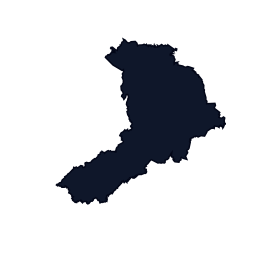 Tuxpan, Jalisco, Mexico (Natural Earth projection), rotated 44°
{"feature_id": "50627088B31771995002719", "entity_name": "Tuxpan", "entity_type": "district", "adm_level": 2, "iso_a3": "MEX", "parent_name": "Mexico", "parent_adm1": "Jalisco", "projection": "natural_earth1", "projection_center": [-103.456, 19.437], "detail": "fine", "context": "isolated", "style": "filled", "palette": "ink", "viewbox_px": 256, "rotation_deg": 44, "n_neighbors": 0, "source": "geoboundaries", "source_scale": "gbopen_adm2", "svg_char_len": 5872}
<svg xmlns="http://www.w3.org/2000/svg" viewBox="0 0 256 256"><g transform="rotate(44 128 128)"><path d="M116.1,218.7L117.6,218.5L118.0,217.5L119.3,217.2L120.3,216.3L121.1,216.0L121.4,216.6L121.8,216.4L123.8,214.3L123.0,213.3L124.3,212.8L125.6,213.5L126.0,212.7L127.0,212.8L128.1,213.8L129.2,213.5L130.4,215.8L132.3,215.2L134.4,215.4L134.9,216.0L136.3,215.6L136.0,216.5L136.5,216.6L136.6,217.7L138.0,217.5L137.9,218.1L138.3,218.4L140.5,218.2L141.2,217.7L141.6,218.2L142.9,217.2L142.7,216.5L142.2,216.7L142.4,215.6L143.3,215.3L143.2,214.2L144.4,213.6L144.1,212.9L144.6,212.5L145.8,212.7L145.9,213.4L147.2,213.4L147.0,212.8L147.8,211.0L149.0,209.8L149.8,209.7L149.6,210.2L150.6,210.7L151.8,210.5L152.3,209.3L152.0,206.5L153.1,205.5L153.1,204.1L152.2,203.0L153.1,201.6L152.9,200.7L154.1,200.2L156.7,200.9L157.4,200.0L159.9,201.3L160.9,198.9L161.5,199.0L162.3,197.1L162.9,197.1L163.2,195.7L163.7,195.5L162.5,193.7L161.8,194.3L161.2,194.0L161.4,193.3L160.8,193.2L161.0,192.1L160.6,192.4L159.7,191.6L159.9,190.3L161.0,190.1L160.6,188.9L161.6,186.6L160.8,186.2L161.6,185.2L162.1,185.5L161.5,183.0L161.9,181.0L161.4,179.9L161.5,179.0L162.2,178.6L161.6,177.7L161.7,176.6L161.3,175.8L161.7,175.3L161.6,173.5L161.1,173.0L161.6,172.5L160.8,172.0L160.7,170.7L161.4,171.1L161.5,169.6L162.0,170.1L162.4,169.6L163.2,169.9L163.2,167.8L165.0,167.9L163.7,166.1L164.3,166.7L164.9,166.3L164.6,165.4L163.8,165.4L163.9,164.5L164.7,164.4L164.6,162.7L164.0,162.5L164.4,162.2L164.3,161.6L165.1,160.5L165.1,160.9L165.7,160.8L165.4,159.8L166.3,159.7L166.3,159.3L166.9,160.0L167.3,159.6L167.5,158.6L167.0,158.6L167.3,158.0L166.9,157.9L167.3,157.2L166.6,156.7L166.9,156.1L167.7,156.4L167.5,154.2L168.2,154.1L168.8,152.9L169.7,152.5L171.3,149.1L172.0,148.6L172.2,147.4L171.5,146.4L170.4,146.8L170.4,145.6L169.8,145.1L168.2,145.9L167.3,144.6L167.7,142.7L166.6,142.5L167.0,140.0L166.5,135.7L166.9,134.5L173.8,132.4L174.7,131.2L176.1,130.3L175.9,129.8L176.7,129.5L176.8,128.9L178.4,128.0L178.6,127.1L177.0,125.2L178.2,123.1L178.2,121.4L177.4,120.1L177.4,118.3L176.7,117.0L176.5,115.1L178.9,118.3L179.8,118.4L180.8,117.5L182.3,119.3L183.1,118.5L183.5,119.7L185.2,119.7L188.4,117.2L187.7,115.8L188.2,114.1L186.8,112.6L186.9,111.8L188.5,111.6L192.1,109.7L188.9,108.3L188.1,104.4L187.5,103.9L186.8,104.1L185.8,102.8L186.2,101.4L186.0,100.3L182.6,94.9L181.9,95.0L181.6,93.1L181.4,92.9L181.2,93.8L180.4,93.2L180.7,92.9L180.3,92.1L180.6,91.6L180.4,91.0L181.4,90.0L181.4,88.2L182.5,87.6L182.5,86.4L184.7,85.7L185.8,82.8L188.7,80.6L187.5,76.1L187.0,75.6L188.0,70.7L189.5,68.7L190.3,68.5L189.8,67.6L189.0,67.4L188.8,66.5L191.6,64.6L193.0,64.3L192.6,63.9L192.9,62.9L192.2,62.6L192.7,61.5L194.1,61.9L194.1,61.4L195.0,61.2L196.2,62.1L195.9,60.5L195.3,60.3L195.3,59.2L194.2,58.7L195.2,57.6L194.9,57.3L194.2,57.9L193.9,57.2L192.2,56.1L190.6,53.6L189.1,53.7L188.4,56.3L185.9,57.2L184.9,54.8L183.9,55.3L183.2,53.1L177.0,53.8L175.9,53.4L175.2,51.0L173.4,49.9L167.7,55.9L166.1,53.9L164.7,53.9L162.7,51.9L157.4,48.9L156.5,47.6L155.1,47.2L152.8,44.6L150.4,44.0L149.2,42.9L148.4,43.0L147.7,42.0L143.2,41.4L143.2,41.9L141.9,40.9L140.4,41.6L139.3,41.7L137.8,40.9L137.5,41.8L136.7,41.2L136.0,41.6L135.8,41.1L134.3,41.8L133.6,39.6L128.9,41.9L127.9,42.7L127.7,43.9L126.0,45.0L124.5,45.3L120.3,47.9L119.0,47.0L118.0,47.3L118.0,46.2L116.7,48.0L116.8,49.9L115.3,48.5L114.1,46.0L112.6,45.6L111.3,44.6L110.0,44.7L107.4,46.8L108.6,45.4L107.1,45.5L106.9,44.7L107.9,44.4L108.7,43.3L107.4,43.8L107.0,42.1L107.4,41.7L106.8,41.5L107.9,41.2L106.9,40.3L107.4,39.5L109.0,38.6L108.2,37.3L107.2,37.7L107.4,38.1L107.0,38.9L106.1,39.4L99.0,40.5L99.4,41.0L98.7,42.0L97.6,42.3L97.7,42.8L96.9,43.3L96.6,44.3L94.2,44.6L93.6,47.0L93.9,47.5L92.0,48.2L93.3,48.7L92.9,49.4L92.3,48.8L92.4,49.4L91.5,51.1L91.2,51.2L91.3,50.7L90.7,50.2L90.6,51.5L90.3,51.4L90.3,50.6L89.4,50.2L90.0,51.2L88.2,52.1L88.1,53.2L86.7,53.3L86.6,52.7L84.9,54.4L86.0,54.7L86.0,55.3L83.8,55.6L83.2,55.2L83.2,55.9L81.4,56.6L80.8,58.1L78.1,61.0L77.8,62.3L75.5,60.8L73.1,60.7L70.3,63.8L69.8,66.2L67.6,67.1L65.2,66.7L62.9,67.3L64.1,67.9L64.5,69.5L64.1,70.5L65.5,73.4L64.9,73.7L65.5,74.2L64.9,77.3L66.4,79.7L64.6,80.4L60.7,80.7L59.8,81.8L60.0,82.6L60.6,82.7L60.5,81.8L62.3,82.4L62.9,83.4L63.1,82.5L63.9,82.9L64.6,81.9L65.4,82.1L65.4,83.0L65.9,83.0L64.2,84.3L63.6,86.0L64.2,87.3L63.6,87.8L63.8,88.6L62.9,88.9L62.6,89.6L62.9,90.6L62.3,91.8L62.7,92.9L73.5,93.1L83.6,90.7L84.0,89.5L84.3,90.0L84.6,89.5L85.2,89.9L85.1,89.4L86.0,90.9L86.4,93.0L88.1,94.0L88.6,95.6L91.4,96.8L93.2,98.7L94.1,101.6L93.9,102.8L96.8,105.3L98.9,105.5L100.9,106.6L100.8,108.7L101.5,109.7L103.3,109.5L105.2,110.3L104.9,107.6L103.5,105.2L104.4,104.1L105.3,104.5L107.2,105.5L107.1,105.9L108.1,106.7L107.7,107.3L108.3,107.7L109.2,110.3L110.5,112.1L112.6,112.9L113.5,112.5L114.0,114.7L115.5,114.5L116.0,116.0L115.8,116.8L118.9,118.8L120.1,118.4L120.5,119.3L121.6,119.4L122.7,120.8L123.5,120.6L124.5,121.6L126.0,121.0L126.5,121.8L127.4,121.6L128.3,122.1L128.6,124.8L129.2,125.2L130.9,124.8L131.5,127.3L130.8,127.6L130.6,129.7L129.7,130.0L128.7,129.3L128.4,131.5L127.0,131.5L127.2,133.9L126.5,136.3L127.3,139.1L127.9,139.2L129.3,138.3L130.2,139.8L131.2,139.7L131.6,141.1L133.1,140.5L134.0,140.9L134.5,142.1L132.9,147.0L133.9,148.1L133.5,149.5L133.8,150.8L134.6,151.5L134.6,152.4L136.0,153.5L135.5,154.3L134.6,154.2L132.3,156.6L131.2,156.6L130.6,157.9L129.5,158.0L128.8,160.0L128.7,162.5L127.6,162.2L127.0,162.8L125.5,162.9L125.8,163.7L125.1,164.5L126.1,166.5L125.3,168.0L126.1,169.4L126.1,172.0L126.1,172.7L125.3,173.2L124.8,176.1L125.1,178.7L123.5,180.9L122.2,181.4L121.6,182.5L121.5,183.1L123.8,185.0L123.9,186.6L122.9,187.8L121.8,186.9L120.2,187.8L119.5,191.8L117.9,192.0L117.5,193.5L116.3,194.0L117.2,195.3L117.4,196.5L117.1,196.6L117.2,201.1L116.7,203.1L117.1,204.4L116.4,207.0L117.2,207.3L116.8,211.1L117.8,213.4L116.8,215.2L116.9,216.6L116.0,217.9L116.1,218.7Z" fill="#0f172a" stroke="#020617" stroke-width="1.5"/></g></svg>